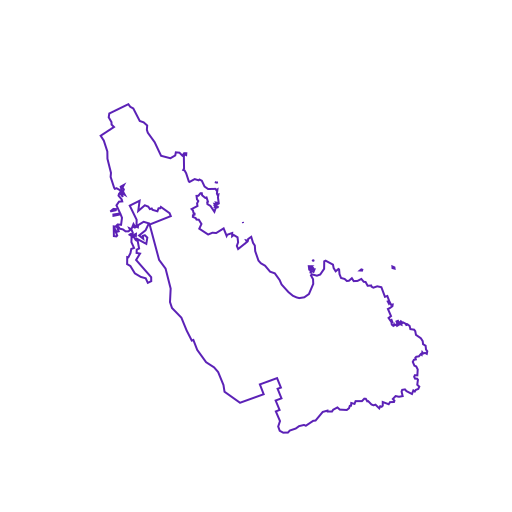 Cook, Queensland, Australia, rotated 334°
{"feature_id": "25037944B35622910690770", "entity_name": "Cook", "entity_type": "district", "adm_level": 2, "iso_a3": "AUS", "parent_name": "Australia", "parent_adm1": "Queensland", "projection": "natural_earth1", "projection_center": [143.95, -13.681], "detail": "fine", "context": "isolated", "style": "outline", "palette": "violet", "viewbox_px": 512, "rotation_deg": 334, "n_neighbors": 0, "source": "geoboundaries", "source_scale": "gbopen_adm2", "svg_char_len": 6155}
<svg xmlns="http://www.w3.org/2000/svg" viewBox="0 0 512 512"><g transform="rotate(334 256 256)"><path d="M170.0,176.0L163.6,176.6L162.4,178.4L161.7,177.4L159.5,177.3L158.5,175.6L156.6,176.6L159.9,173.6L160.1,176.3L161.9,176.4L164.6,171.1L164.6,155.4L175.6,155.3L169.9,163.9L178.3,161.7L180.8,164.4L181.2,167.3L183.1,167.6L183.2,169.1L187.0,172.6L189.3,170.4L190.9,171.1L192.0,170.2L197.1,179.6L196.9,182.8L174.2,181.1L167.2,217.0L169.2,227.7L165.0,247.9L158.5,259.7L157.7,265.9L161.9,278.7L161.0,292.6L161.2,303.9L162.9,304.0L162.0,314.6L164.6,329.6L169.5,337.7L171.1,343.7L170.2,357.7L168.2,364.2L177.3,380.9L202.3,383.6L203.2,373.1L221.4,375.0L220.7,385.2L217.2,384.8L216.5,395.1L210.3,394.5L209.7,404.7L205.7,404.4L205.2,414.9L201.2,419.0L200.7,423.5L203.0,426.7L207.3,428.7L209.9,427.7L216.1,428.5L220.2,427.8L225.1,428.9L226.4,430.4L235.1,429.2L237.4,430.0L247.6,425.4L252.5,426.3L252.2,427.2L256.1,429.1L258.0,428.0L262.8,427.8L264.0,430.8L270.1,434.2L272.9,433.6L274.6,431.8L275.8,432.2L277.2,429.9L279.7,432.1L281.9,430.1L287.6,432.9L290.8,431.7L292.1,432.5L292.3,435.4L293.2,435.6L294.7,440.1L296.2,441.7L298.2,442.0L300.0,447.0L301.8,445.5L302.8,446.6L304.3,446.1L305.9,442.8L310.3,447.4L312.4,446.1L316.0,447.7L317.0,446.7L316.3,444.5L320.1,443.1L322.8,445.2L326.4,446.2L327.4,441.7L328.7,440.4L331.4,441.2L332.0,443.4L335.7,448.4L338.5,445.8L339.3,447.4L340.9,446.4L343.6,446.6L345.5,445.0L344.5,442.4L347.3,438.2L347.0,436.9L345.2,436.0L345.2,433.9L346.5,432.8L348.7,434.0L351.6,428.9L351.6,425.5L350.3,424.0L350.5,419.9L352.4,418.5L354.3,419.0L354.6,417.3L355.9,416.8L358.4,417.6L361.1,416.4L361.6,417.5L363.3,415.3L363.7,417.0L365.5,417.2L366.6,418.8L368.2,416.7L367.8,414.6L369.1,411.0L367.5,408.5L368.5,405.6L368.1,402.2L365.2,397.0L366.2,393.3L365.8,391.5L362.7,389.4L363.4,386.2L362.1,383.6L361.7,383.3L361.0,384.0L360.1,383.7L360.8,383.7L360.7,382.4L359.2,380.3L356.9,380.5L356.6,381.5L355.6,380.3L352.2,380.6L352.3,379.5L355.3,379.6L355.2,376.5L353.6,376.4L353.5,378.9L351.0,379.1L350.0,379.0L350.1,377.9L348.7,378.8L348.0,377.2L348.6,375.1L349.6,375.2L349.8,372.9L348.5,373.1L348.0,369.8L351.0,369.2L351.4,360.5L351.5,361.5L354.0,361.4L356.6,360.9L357.6,359.5L356.0,359.0L356.0,356.4L354.6,357.2L354.5,354.6L356.0,354.8L356.5,349.5L354.0,349.2L355.0,339.0L351.7,336.4L347.6,335.9L346.4,334.2L346.6,333.0L343.3,331.7L343.1,327.4L341.5,326.4L340.6,322.8L336.3,322.9L332.8,321.4L332.4,318.0L328.7,319.0L326.7,318.3L325.6,315.5L322.8,313.0L323.1,308.9L324.8,304.5L324.4,303.8L320.9,304.7L320.5,300.9L321.4,297.5L316.5,290.7L315.0,290.7L311.6,297.4L305.6,300.8L302.1,300.4L298.2,297.0L296.9,297.5L297.1,301.9L295.2,306.2L286.9,313.4L281.3,314.3L276.4,312.8L274.3,311.0L271.7,307.9L269.3,302.6L266.5,292.8L266.7,287.9L265.3,279.8L261.8,276.3L259.9,268.7L257.2,264.7L256.2,261.2L257.4,251.3L259.5,246.1L259.1,242.9L260.1,236.7L256.4,237.3L255.4,238.7L254.0,237.6L254.1,239.4L243.0,241.9L243.2,238.5L245.9,235.9L247.6,231.1L245.2,227.4L243.2,227.8L244.7,224.9L239.4,224.3L238.4,225.1L239.0,217.0L230.3,217.9L227.1,216.0L222.4,215.7L217.0,206.6L221.0,203.3L220.5,198.3L218.5,197.2L218.4,195.5L216.4,193.2L217.2,191.7L218.9,191.9L219.4,190.9L218.7,190.0L219.3,187.5L218.7,185.6L225.3,185.4L226.1,182.9L228.2,181.3L227.8,179.2L228.9,175.9L230.6,176.6L233.5,175.3L234.3,176.3L235.0,174.9L234.2,177.9L235.9,181.6L237.2,181.7L236.6,186.2L235.7,186.3L235.1,188.1L237.0,191.0L238.0,198.0L240.9,195.1L242.8,195.4L242.8,194.2L241.7,192.5L241.6,190.9L243.9,192.2L243.7,190.6L245.7,192.1L247.5,186.6L249.2,184.2L248.2,184.1L248.2,182.8L250.5,179.3L249.2,179.5L249.0,177.9L242.3,174.8L240.2,171.0L240.3,164.6L238.7,162.5L237.6,162.8L234.6,160.0L228.7,160.3L228.3,159.6L229.5,151.0L229.3,147.8L228.3,146.8L229.7,145.8L234.9,134.7L236.7,133.5L237.5,134.6L238.4,133.1L236.5,132.1L233.8,133.5L232.5,129.6L229.4,127.7L227.5,130.2L221.9,130.6L214.6,124.3L214.8,109.3L212.8,97.8L213.2,94.8L215.4,91.0L213.6,86.6L210.7,83.7L210.4,69.6L208.4,66.8L207.8,63.6L186.6,63.6L184.4,66.8L184.8,72.3L183.8,74.6L184.9,77.8L169.1,79.8L169.8,85.6L168.2,96.9L165.1,103.5L162.1,117.7L160.0,121.2L158.4,132.5L158.6,133.8L160.3,133.9L162.1,136.4L162.8,138.2L161.7,140.0L162.6,140.8L163.5,140.8L164.8,134.4L168.4,134.2L166.0,135.9L166.4,138.2L164.7,139.9L164.9,143.4L163.4,141.1L162.4,142.0L162.3,144.5L161.2,139.6L160.1,140.1L158.9,141.5L160.1,146.3L159.7,148.3L156.7,147.1L152.8,149.3L152.6,158.2L146.0,156.2L145.5,157.4L152.6,159.2L152.3,162.9L148.4,168.8L145.5,167.0L142.6,168.0L141.1,167.0L137.0,175.8L139.1,177.2L140.2,176.8L140.9,168.5L141.3,173.2L143.4,173.6L143.6,171.0L145.9,169.7L144.8,171.2L148.0,173.7L149.6,176.7L152.2,177.9L154.3,177.5L154.3,175.5L155.7,177.2L155.4,181.3L153.2,182.5L154.6,183.5L153.7,185.1L152.3,184.7L150.1,188.9L149.9,195.3L147.0,195.0L144.4,198.4L140.7,201.2L139.8,200.5L136.6,206.8L138.7,209.9L139.5,218.5L143.3,224.3L147.1,227.7L147.0,232.7L150.8,232.7L152.5,229.1L146.5,207.0L152.8,203.0L150.0,200.9L151.6,198.0L154.2,198.0L156.8,188.7L162.7,197.0L166.4,191.8L165.2,188.6L163.0,188.3L162.2,191.0L159.9,186.3L168.0,184.5L174.0,179.7L170.0,176.0ZM242.5,194.1L240.6,193.7L241.3,193.0L240.5,191.3L242.5,194.1ZM155.6,190.3L154.9,188.7L154.7,186.6L155.5,187.7L155.6,190.3ZM142.9,169.5L143.7,169.4L143.4,168.5L144.7,168.2L145.7,168.9L144.5,168.6L143.7,169.5L142.9,169.5ZM156.0,184.9L155.1,184.5L154.9,183.6L155.6,183.6L156.0,184.9ZM157.8,183.5L157.3,184.4L157.0,183.5L157.8,183.5ZM301.7,290.2L299.1,292.1L302.3,292.9L301.7,290.2ZM144.6,152.1L150.0,153.4L150.7,152.5L148.5,151.2L144.6,152.1ZM373.4,326.7L375.0,328.1L375.4,326.9L374.0,325.2L373.4,326.7ZM301.3,289.5L299.0,288.3L297.7,292.1L299.9,289.7L301.3,289.5ZM356.6,378.9L355.3,378.0L355.6,379.7L358.4,379.8L357.6,378.2L356.6,378.9ZM152.7,183.0L153.7,181.8L153.1,181.3L153.5,181.1L151.7,181.5L152.7,183.0ZM343.1,314.6L344.9,315.6L345.5,314.9L344.8,314.2L343.1,314.6ZM300.7,295.5L301.9,294.4L299.9,294.6L300.7,295.5ZM305.2,285.0L305.5,286.1L305.7,285.1L305.5,284.9L305.2,285.0ZM297.3,295.4L299.0,294.2L298.9,293.6L298.5,293.6L297.3,295.4ZM258.8,220.8L259.1,219.6L258.8,220.8ZM254.1,173.2L252.7,172.7L251.4,171.5L252.6,172.7L254.1,173.2Z" fill="none" stroke="#5b21b6" stroke-width="2"/></g></svg>